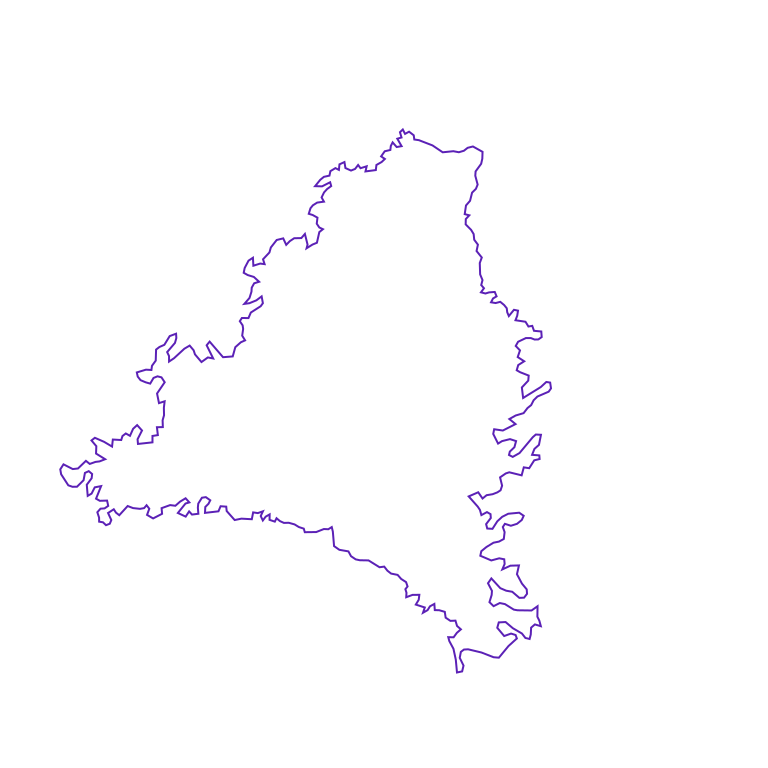 Palmital, Paraná, Brazil, rotated 297°
{"feature_id": "56859067B70868107973132", "entity_name": "Palmital", "entity_type": "district", "adm_level": 2, "iso_a3": "BRA", "parent_name": "Brazil", "parent_adm1": "Paraná", "projection": "albers", "projection_center": [-52.284, -24.889], "detail": "fine", "context": "isolated", "style": "outline", "palette": "violet", "viewbox_px": 768, "rotation_deg": 297, "n_neighbors": 0, "source": "geoboundaries", "source_scale": "gbopen_adm2", "svg_char_len": 6166}
<svg xmlns="http://www.w3.org/2000/svg" viewBox="0 0 768 768"><g transform="rotate(297 384 384)"><path d="M503.1,489.7L500.8,486.6L503.7,481.8L500.5,472.2L505.3,471.7L510.2,470.1L509.1,466.1L501.2,464.4L503.9,461.2L507.2,459.0L508.9,455.2L510.0,450.3L506.8,446.7L505.4,442.3L509.7,442.3L513.2,444.5L516.3,440.9L513.3,436.0L510.7,433.3L509.7,428.8L514.7,429.6L516.3,425.7L521.3,424.6L525.3,419.9L535.3,414.4L541.1,413.7L544.5,406.1L550.8,404.4L553.5,398.9L558.3,395.8L560.9,391.6L563.3,384.3L568.1,382.0L573.0,383.4L572.0,378.8L580.3,376.0L586.3,377.5L594.5,375.6L599.6,377.3L604.2,376.9L611.0,370.8L615.0,369.1L624.3,370.6L629.4,369.3L635.6,366.4L636.0,355.4L632.4,351.3L628.1,349.3L624.5,345.5L622.9,340.1L617.1,331.1L618.6,318.9L617.1,304.4L615.6,300.0L619.1,297.6L620.2,291.8L616.4,289.2L619.3,285.2L615.6,283.9L611.6,287.7L608.6,284.5L603.9,291.7L600.9,287.7L603.2,282.0L599.2,282.0L595.4,283.4L591.7,279.0L585.5,278.1L584.9,282.6L580.7,281.1L575.7,277.8L570.9,279.6L565.0,271.0L570.1,269.7L565.6,265.1L567.4,261.5L562.5,260.6L559.2,257.7L558.9,251.6L563.8,248.0L559.5,244.6L554.3,246.6L554.3,242.7L549.3,239.6L544.9,240.8L541.3,236.4L537.0,234.5L529.0,232.8L532.0,239.1L539.3,244.4L536.4,247.1L531.9,244.8L527.5,243.6L521.9,243.7L519.2,247.7L515.3,242.1L510.9,239.5L507.2,238.7L501.5,239.7L502.2,243.7L502.0,249.2L496.3,251.3L494.1,255.3L494.2,259.3L490.0,257.4L479.4,260.1L475.8,257.0L469.8,253.4L473.5,252.6L481.8,245.4L476.5,244.1L473.1,237.8L468.5,235.2L463.6,233.7L468.0,228.1L463.6,223.0L454.3,221.2L449.2,222.2L440.2,219.6L436.6,223.2L435.1,219.0L430.1,213.9L437.0,209.9L432.4,207.3L424.1,207.2L419.4,208.5L419.2,213.1L420.3,219.4L418.4,226.3L414.8,222.6L409.8,222.4L406.1,224.0L399.6,225.1L392.0,223.2L394.9,227.4L400.6,232.3L406.5,235.2L401.0,239.4L397.3,238.8L387.2,232.9L381.2,233.3L378.3,227.4L374.5,227.0L372.1,231.4L369.1,233.5L362.7,235.7L359.8,240.4L356.2,237.5L349.3,234.8L339.9,236.7L334.8,228.4L342.6,209.4L338.0,208.4L329.2,220.2L327.7,215.0L320.7,211.4L324.6,202.1L327.6,199.1L330.0,193.4L324.8,190.1L311.6,185.2L306.4,182.3L311.3,179.8L314.0,176.3L325.7,179.1L330.7,178.1L334.4,175.9L329.4,171.3L319.2,170.5L315.0,167.1L311.2,165.3L301.2,170.0L294.9,169.0L290.9,170.4L288.7,165.4L282.1,158.5L278.8,161.2L276.9,165.3L277.3,170.9L278.2,175.5L284.8,175.9L288.0,178.7L288.9,182.7L286.0,187.8L272.5,186.1L264.8,192.2L269.0,196.4L262.8,198.7L256.3,202.2L251.2,203.2L245.2,206.5L242.4,201.3L235.8,205.7L232.6,201.3L226.9,204.2L218.9,192.0L222.9,189.5L232.7,189.5L235.3,182.7L230.2,180.8L222.5,181.2L222.7,176.4L218.9,174.6L214.8,175.3L211.4,167.6L204.8,170.1L205.4,160.8L204.8,150.8L200.9,149.0L198.0,155.9L191.3,159.0L190.4,169.7L185.9,165.7L183.6,162.3L179.2,158.1L180.2,153.3L169.8,149.7L166.9,145.3L166.9,134.9L161.0,134.3L157.0,137.3L150.4,148.7L151.0,153.1L153.1,157.1L161.9,160.0L169.0,157.9L172.3,160.5L171.3,164.8L167.3,166.3L159.3,164.9L149.8,170.8L153.6,173.2L160.6,173.2L164.6,178.3L151.1,179.5L150.9,183.8L154.4,190.2L150.2,193.6L146.3,191.5L144.2,188.0L139.6,186.8L135.6,190.8L132.0,192.7L133.2,196.4L132.0,200.4L135.0,203.1L139.0,202.8L143.8,196.7L149.7,200.1L147.7,203.6L146.9,207.7L158.9,211.0L159.5,216.7L162.0,223.3L164.5,226.6L168.2,227.5L166.3,231.5L159.8,232.3L159.4,239.3L167.6,245.2L172.4,242.2L179.0,248.4L180.8,253.4L186.6,255.7L192.1,259.1L190.1,264.3L187.4,261.4L175.5,258.9L175.8,267.5L182.0,268.2L180.5,272.2L184.1,277.5L189.3,274.3L193.1,272.8L200.0,273.4L202.3,276.6L201.5,282.0L197.6,282.0L193.3,280.6L187.9,283.0L195.4,294.3L200.9,293.9L203.1,299.1L199.4,301.5L195.0,312.7L199.3,318.1L203.5,327.6L210.2,325.7L211.7,330.2L215.6,333.9L210.4,334.1L207.4,338.0L212.1,338.8L215.9,341.3L211.0,343.7L211.8,349.2L215.6,349.2L214.6,353.5L214.8,357.9L217.1,362.1L218.3,368.1L217.9,373.1L218.7,378.2L216.0,380.7L221.3,390.8L227.5,396.3L229.3,400.3L232.8,402.4L229.3,405.4L216.9,413.1L216.0,419.5L218.7,428.3L215.6,432.8L214.9,438.4L216.0,442.5L219.8,450.3L218.7,463.2L221.4,467.1L219.2,471.8L218.3,476.4L220.1,482.8L218.1,487.8L217.5,493.6L214.3,496.9L210.9,496.2L208.2,498.8L204.1,500.6L209.1,505.2L212.2,511.2L207.5,512.9L201.9,512.5L203.4,521.8L197.9,522.6L202.3,525.5L206.8,525.9L210.9,528.7L205.6,531.9L207.5,535.9L208.6,541.6L203.8,545.0L203.1,550.7L205.6,555.1L201.6,558.9L200.3,563.9L195.4,561.9L189.9,561.0L187.6,556.2L184.6,558.9L179.6,566.1L171.0,573.1L160.1,580.0L163.4,584.1L169.2,582.7L174.4,575.8L180.2,574.1L183.7,575.8L185.8,579.4L189.0,592.7L190.3,605.7L192.3,610.6L207.1,613.9L217.6,617.9L220.1,615.2L219.3,610.5L214.0,605.5L218.2,595.6L223.7,594.5L227.1,600.4L224.9,609.7L224.3,620.2L221.9,625.3L222.9,629.5L227.4,628.5L233.7,625.7L238.3,627.6L239.4,633.7L243.6,629.9L246.3,626.3L255.7,621.7L249.2,618.3L243.0,605.7L241.9,602.1L242.8,591.7L241.4,586.6L235.8,582.5L237.5,577.0L244.9,575.7L248.7,574.1L253.7,567.1L259.5,567.9L254.9,580.3L255.3,586.7L257.1,592.6L254.9,601.7L257.2,605.8L262.0,606.7L265.8,604.4L268.8,597.5L274.9,588.8L283.6,586.6L279.5,579.1L272.5,573.6L278.4,573.2L282.4,570.7L281.0,565.8L275.5,559.7L274.7,547.8L279.2,546.6L285.3,549.3L292.3,553.6L295.8,558.0L300.3,561.1L306.8,558.7L310.5,554.8L314.3,555.2L315.3,561.4L319.8,566.0L325.4,568.5L330.0,568.3L330.7,562.9L324.8,553.6L319.3,549.6L313.1,547.3L304.2,546.4L302.1,541.6L305.5,538.6L313.1,540.0L316.4,538.0L316.6,533.9L311.4,530.3L315.4,526.6L317.3,523.2L322.3,510.5L330.3,517.1L326.7,523.8L331.5,525.9L335.1,530.8L338.9,534.2L342.2,536.1L347.0,535.4L353.5,529.8L359.6,533.1L362.2,535.7L365.1,548.1L373.2,546.4L374.9,551.6L384.2,552.5L387.8,556.7L390.9,554.8L388.1,548.1L394.5,547.5L400.1,549.7L410.0,546.9L407.9,542.2L404.1,540.7L384.0,536.1L377.5,531.8L377.5,527.6L380.9,526.8L386.9,528.9L393.1,527.6L392.1,521.3L386.7,515.1L382.7,512.7L389.1,504.0L393.7,502.7L396.5,511.0L408.0,519.4L409.7,511.6L415.7,515.6L421.4,521.6L427.8,522.8L432.0,524.7L437.5,524.7L442.5,526.4L451.9,534.2L455.9,534.8L460.7,531.4L459.5,527.7L452.5,525.1L434.7,514.3L443.5,508.4L452.5,511.0L457.2,509.1L456.3,499.9L456.5,496.0L461.8,495.0L467.9,498.6L468.7,490.9L475.7,489.9L477.7,484.1L482.5,484.3L489.4,489.6L491.6,494.0L492.0,498.0L493.8,501.3L497.4,503.2L502.2,500.3L499.5,493.5L503.1,489.7Z" fill="none" stroke="#5b21b6" stroke-width="2"/></g></svg>